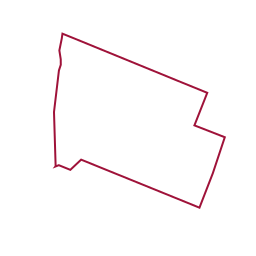 Indian River, Florida, United States of America (Natural Earth projection), rotated 202°
{"feature_id": "52423323B47137025507841", "entity_name": "Indian River", "entity_type": "district", "adm_level": 2, "iso_a3": "USA", "parent_name": "United States of America", "parent_adm1": "Florida", "projection": "natural_earth1", "projection_center": [-80.532, 27.709], "detail": "fine", "context": "isolated", "style": "outline", "palette": "rose", "viewbox_px": 256, "rotation_deg": 202, "n_neighbors": 0, "source": "geoboundaries", "source_scale": "gbopen_adm2", "svg_char_len": 405}
<svg xmlns="http://www.w3.org/2000/svg" viewBox="0 0 256 256"><g transform="rotate(202 128 128)"><path d="M224.1,190.9L222.9,186.0L220.7,174.2L216.1,166.5L214.0,161.4L213.6,155.5L202.6,115.1L180.8,65.5L180.9,65.1L178.2,67.6L165.8,67.6L159.6,81.1L36.3,80.9L31.9,80.9L32.4,117.8L34.8,155.7L67.4,155.3L67.7,190.3L101.1,190.4L214.7,190.9L224.1,190.9Z" fill="none" stroke="#9f1239" stroke-width="2"/></g></svg>